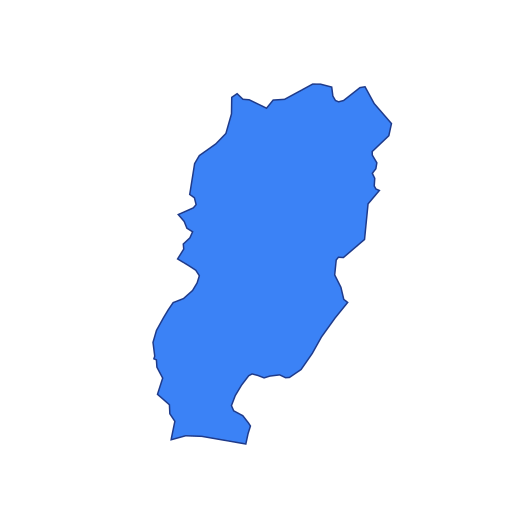 an SVG outline of Durham, rotated 121°
{"feature_id": "GBR-2029", "entity_name": "Durham", "entity_type": "Unitary Single-Tier County", "adm_level": 1, "iso_a3": "GBR", "parent_name": "United Kingdom", "parent_adm1": "", "projection": "equal_earth", "projection_center": [-1.775, 54.677], "detail": "fine", "context": "isolated", "style": "filled", "palette": "blue", "viewbox_px": 512, "rotation_deg": 121, "n_neighbors": 0, "source": "natural_earth", "source_scale": "10m", "svg_char_len": 1407}
<svg xmlns="http://www.w3.org/2000/svg" viewBox="0 0 512 512"><g transform="rotate(121 256 256)"><path d="M422.4,167.9L438.5,209.6L446.3,223.7L457.2,234.1L455.7,234.7L439.5,240.4L435.6,248.6L428.1,253.6L425.3,269.2L408.7,273.1L405.4,278.6L402.3,283.7L396.3,287.9L396.7,290.6L394.0,291.2L383.1,299.8L371.0,303.0L356.5,303.5L347.4,303.5L338.6,303.0L329.8,296.2L318.2,292.6L309.4,292.6L302.1,294.4L299.2,300.3L298.9,308.9L298.9,316.6L298.9,321.7L287.3,321.5L283.2,324.5L274.5,322.0L267.9,322.8L267.8,329.5L263.4,335.3L260.5,344.0L247.0,334.5L242.8,333.8L237.8,338.8L237.4,344.5L208.4,356.2L199.1,356.3L180.6,348.2L166.5,344.9L146.8,350.2L132.5,358.5L126.6,355.8L128.4,347.9L125.6,342.3L123.9,323.1L113.5,321.6L107.0,312.2L79.5,296.0L75.5,289.3L72.2,278.1L79.3,272.5L81.8,268.0L81.3,264.6L77.6,261.0L58.1,253.6L54.8,249.7L64.5,233.2L72.7,208.1L84.5,204.1L106.6,210.2L109.6,208.3L113.9,200.4L119.5,198.2L125.2,198.9L128.3,194.2L135.1,190.7L136.8,187.7L136.3,184.0L153.6,186.8L185.9,171.5L212.3,180.3L214.6,184.7L218.1,185.2L231.7,178.8L239.1,167.1L248.0,158.4L248.6,153.5L268.4,156.3L291.7,158.2L310.6,157.6L330.1,158.9L336.6,161.9L342.9,164.8L345.1,168.0L345.7,174.5L351.8,182.3L356.3,186.3L357.4,192.8L359.1,198.6L362.4,200.6L374.1,201.9L386.3,201.9L396.9,200.0L400.2,195.4L399.7,185.0L403.0,176.5L404.6,173.2L412.4,171.3L418.3,169.3L422.4,167.9Z" fill="#3b82f6" stroke="#1e3a8a" stroke-width="1.5"/></g></svg>